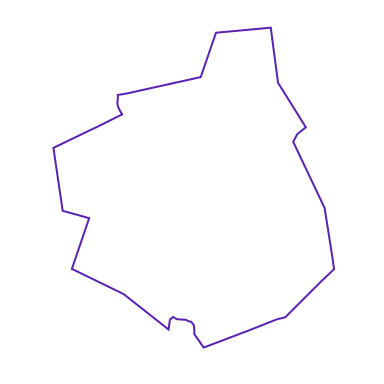 Botuporã, Bahia, Brazil, rotated 354°
{"feature_id": "56859067B81819633149990", "entity_name": "Botuporã", "entity_type": "district", "adm_level": 2, "iso_a3": "BRA", "parent_name": "Brazil", "parent_adm1": "Bahia", "projection": "natural_earth1", "projection_center": [-42.533, -13.321], "detail": "fine", "context": "isolated", "style": "outline", "palette": "violet", "viewbox_px": 384, "rotation_deg": 354, "n_neighbors": 0, "source": "geoboundaries", "source_scale": "gbopen_adm2", "svg_char_len": 748}
<svg xmlns="http://www.w3.org/2000/svg" viewBox="0 0 384 384"><g transform="rotate(354 192 192)"><path d="M287.5,36.8L232.5,36.1L218.9,65.3L212.7,78.6L166.4,83.9L137.5,87.2L128.4,87.7L128.1,91.0L127.0,95.9L127.5,99.9L128.7,103.2L130.6,107.5L104.5,117.3L96.4,120.1L58.8,133.6L61.4,197.2L87.0,207.3L64.5,255.9L113.3,286.4L115.6,288.6L154.3,326.3L156.7,316.6L160.1,314.3L163.7,316.9L167.8,317.7L172.4,318.4L174.9,320.1L177.6,321.0L179.9,324.6L179.9,328.6L179.5,333.7L187.3,347.9L233.7,335.7L262.8,327.6L271.7,326.3L311.0,294.5L325.2,283.6L324.8,272.1L323.3,242.6L322.2,221.7L297.9,152.7L302.8,145.4L312.0,139.5L310.5,136.5L308.0,131.5L304.4,123.9L300.2,115.4L292.1,98.7L289.0,92.5L287.5,36.8Z" fill="none" stroke="#5b21b6" stroke-width="2"/></g></svg>